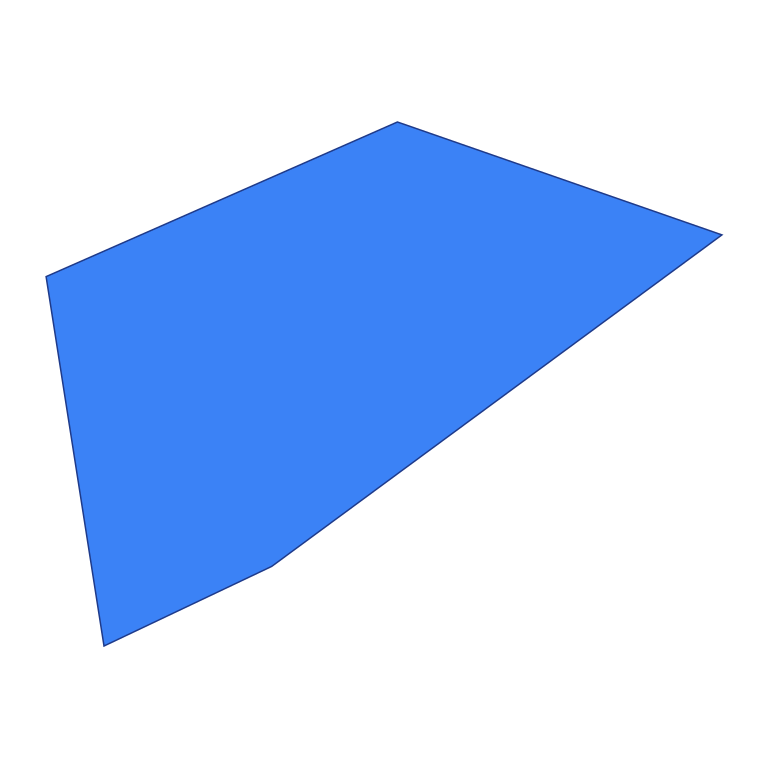 the district of Lexington, Virginia, United States of America
{"feature_id": "52423323B43343274853649", "entity_name": "Lexington", "entity_type": "district", "adm_level": 2, "iso_a3": "USA", "parent_name": "United States of America", "parent_adm1": "Virginia", "projection": "orthographic", "projection_center": [-79.447, 37.781], "detail": "fine", "context": "isolated", "style": "filled", "palette": "blue", "viewbox_px": 768, "rotation_deg": 0, "n_neighbors": 0, "source": "geoboundaries", "source_scale": "gbopen_adm2", "svg_char_len": 202}
<svg xmlns="http://www.w3.org/2000/svg" viewBox="0 0 768 768"><path d="M46.1,276.6L104.0,646.0L271.7,566.4L721.9,234.9L397.4,122.0L46.1,276.6Z" fill="#3b82f6" stroke="#1e3a8a" stroke-width="1.5"/></svg>